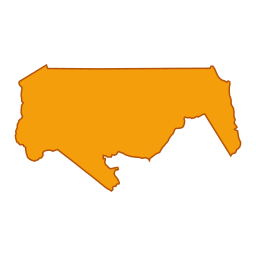 the district of Cantanhede, Maranhão, Brazil
{"feature_id": "56859067B54342957503777", "entity_name": "Cantanhede", "entity_type": "district", "adm_level": 2, "iso_a3": "BRA", "parent_name": "Brazil", "parent_adm1": "Maranhão", "projection": "albers", "projection_center": [-44.24, -3.65], "detail": "fine", "context": "isolated", "style": "filled", "palette": "amber", "viewbox_px": 256, "rotation_deg": 0, "n_neighbors": 0, "source": "geoboundaries", "source_scale": "gbopen_adm2", "svg_char_len": 2542}
<svg xmlns="http://www.w3.org/2000/svg" viewBox="0 0 256 256"><path d="M210.0,68.3L164.4,68.5L150.2,68.6L127.3,68.7L97.2,68.9L47.6,68.5L46.4,65.0L19.2,81.6L19.0,83.4L19.7,85.1L21.3,86.8L22.1,88.1L21.7,90.2L21.2,93.9L21.2,96.1L21.7,98.4L21.7,101.2L23.2,102.7L21.6,105.5L21.4,108.1L21.2,110.2L21.2,113.2L21.8,114.9L22.5,117.0L21.3,118.5L19.0,120.4L18.6,122.1L17.8,123.5L17.2,125.0L17.4,126.8L16.9,128.3L15.7,131.4L16.2,133.3L15.4,135.3L15.7,138.0L16.3,140.4L16.8,141.9L18.2,142.9L19.9,144.7L21.7,144.6L23.2,144.8L23.9,146.3L25.7,147.4L25.6,149.6L26.0,151.3L26.3,153.3L26.9,154.9L27.5,157.1L29.6,159.2L31.9,160.3L34.5,161.1L36.7,160.2L38.1,159.7L39.6,158.1L41.5,157.8L43.0,155.3L42.8,152.5L44.6,150.9L47.6,150.2L50.7,150.3L52.8,151.2L57.5,149.5L75.1,163.1L83.3,169.7L86.0,171.8L89.0,174.1L98.2,181.4L100.3,183.2L106.6,188.2L108.9,189.4L111.5,191.0L112.8,189.6L112.6,187.4L113.7,186.3L115.8,186.4L116.9,184.1L119.2,183.7L119.0,182.0L118.1,179.8L116.3,177.3L115.1,176.0L114.1,174.0L114.6,171.7L115.5,169.7L117.1,170.2L118.4,169.2L117.8,167.4L115.2,167.7L112.5,168.4L110.3,168.7L108.6,167.6L107.5,166.3L105.7,164.7L104.6,161.9L105.3,160.2L105.2,158.5L103.3,158.8L103.4,157.2L103.2,155.4L105.7,155.8L107.4,157.0L109.1,157.0L111.3,157.0L112.1,154.6L114.5,155.2L116.1,154.6L117.3,153.0L118.6,151.5L121.2,152.6L122.8,153.1L125.8,154.9L127.6,155.4L129.8,156.2L131.9,156.6L135.3,157.1L137.7,157.2L139.8,157.5L142.1,158.3L144.0,157.9L146.1,157.8L148.2,158.8L149.5,160.6L149.9,158.6L151.7,157.1L153.3,156.0L154.5,154.9L157.0,153.4L159.6,152.4L160.8,150.2L161.8,148.7L162.5,147.3L164.1,145.8L165.3,144.1L166.6,142.8L168.2,140.8L169.2,138.4L170.1,137.1L171.4,135.3L173.1,133.6L173.8,132.1L174.3,130.2L175.7,128.5L179.2,128.2L181.6,127.8L183.1,126.8L183.9,125.1L184.6,122.3L184.5,120.2L183.9,118.8L185.0,117.0L187.6,117.9L190.0,117.5L191.8,118.4L194.4,117.8L196.8,116.4L198.3,117.0L201.0,115.5L202.7,114.5L204.7,114.0L230.8,155.9L231.6,154.4L232.9,153.5L234.8,153.1L235.9,151.9L236.6,149.7L238.2,148.6L239.7,147.0L240.6,144.1L240.5,142.1L238.8,138.3L238.2,135.2L237.9,132.9L237.6,130.9L235.9,130.2L234.5,129.3L235.9,128.2L237.0,127.2L235.3,124.6L234.1,123.1L234.6,121.5L235.1,119.3L234.0,117.0L233.9,115.2L234.0,112.3L233.8,110.8L233.5,108.6L232.5,106.6L231.4,104.8L231.0,102.6L231.2,100.8L230.7,98.3L229.6,95.7L229.3,92.4L229.2,88.3L229.5,86.4L229.9,84.2L229.7,81.8L228.1,81.0L226.5,82.2L224.3,80.8L222.1,80.2L219.8,78.5L218.3,76.8L216.9,74.1L215.2,70.2L214.5,68.6L212.8,66.2L211.0,66.3L210.0,68.3Z" fill="#f59e0b" stroke="#b45309" stroke-width="1.5"/></svg>